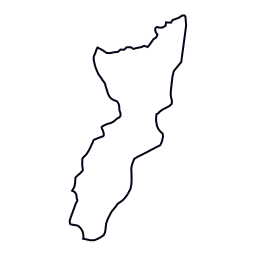 Radfan, Lahij, Yemen (Equal Earth projection), rotated 269°
{"feature_id": "15242507B45884450184914", "entity_name": "Radfan", "entity_type": "district", "adm_level": 2, "iso_a3": "YEM", "parent_name": "Yemen", "parent_adm1": "Lahij", "projection": "equal_earth", "projection_center": [44.984, 13.489], "detail": "fine", "context": "isolated", "style": "outline", "palette": "ink", "viewbox_px": 256, "rotation_deg": 269, "n_neighbors": 0, "source": "geoboundaries", "source_scale": "gbopen_adm2", "svg_char_len": 3840}
<svg xmlns="http://www.w3.org/2000/svg" viewBox="0 0 256 256"><g transform="rotate(269 128 128)"><path d="M232.9,167.9L229.5,167.3L227.8,164.0L227.9,160.4L228.4,159.3L228.5,158.8L227.8,157.4L226.8,157.0L225.3,156.9L224.5,157.1L222.9,157.7L220.8,159.1L218.1,157.8L216.2,154.9L213.7,153.1L211.7,151.6L211.1,151.2L208.7,149.1L209.8,145.6L208.5,142.2L208.3,140.7L207.9,138.5L207.0,134.8L207.8,133.6L208.8,131.8L208.7,130.0L208.7,128.0L206.4,125.6L206.5,121.8L204.3,119.3L204.0,115.5L203.5,112.8L203.2,111.8L203.4,108.0L205.4,105.2L207.3,102.1L209.0,98.9L208.3,98.6L208.2,98.5L207.5,98.1L207.3,98.0L206.4,97.6L205.4,97.3L204.3,96.9L203.3,96.5L202.4,96.1L201.5,95.6L200.6,95.2L199.6,95.0L198.6,94.9L197.5,94.9L196.5,94.9L195.5,95.1L194.4,95.3L193.5,95.6L192.4,95.8L191.3,96.0L190.3,96.3L189.4,96.5L188.5,96.9L187.4,97.3L186.2,97.7L185.1,98.2L184.1,98.6L183.1,99.0L182.1,99.5L181.1,100.2L180.1,100.9L179.3,101.5L178.3,102.1L177.3,102.8L176.4,103.3L175.3,104.1L174.5,104.8L173.5,105.3L172.6,105.8L171.6,106.1L170.6,106.2L169.5,106.6L168.5,106.9L167.5,107.2L166.5,107.5L165.4,107.8L164.3,108.1L163.4,108.4L162.4,108.7L161.5,109.1L160.6,109.6L159.6,110.2L158.6,110.9L157.7,111.7L157.0,112.8L156.4,113.8L155.8,115.1L155.3,116.2L154.9,117.4L154.1,118.0L153.2,118.5L152.2,119.0L151.2,119.3L150.3,119.5L149.2,119.6L148.2,119.6L147.2,119.7L146.2,119.7L145.1,120.0L144.2,120.3L143.3,120.6L142.2,120.8L141.3,120.8L140.3,120.6L139.3,120.0L138.6,119.2L138.1,118.1L137.5,117.1L136.8,116.2L136.1,115.5L135.3,114.5L134.7,113.5L134.1,112.6L133.6,111.5L133.1,110.3L132.8,109.1L132.6,107.9L132.1,106.7L131.2,104.6L130.4,103.1L129.9,102.2L129.6,101.8L129.1,101.6L128.7,101.7L127.8,101.9L126.9,102.4L126.0,102.8L125.0,103.1L124.0,103.4L123.0,103.6L121.9,103.7L120.8,103.5L120.1,102.7L119.7,101.6L119.3,100.4L118.9,99.2L118.4,97.9L118.0,96.8L117.6,95.7L117.1,94.5L116.5,93.4L115.5,93.0L114.6,92.6L113.6,92.2L112.6,91.6L111.7,91.2L110.8,90.8L109.6,90.2L108.4,89.6L107.4,89.1L106.3,88.5L105.3,87.9L104.3,87.2L103.2,86.5L102.3,85.8L101.5,85.1L100.8,84.3L100.0,83.4L99.2,82.6L98.3,82.0L97.4,81.7L96.3,81.7L95.4,81.7L94.4,81.7L93.4,81.6L92.4,81.6L91.4,81.6L90.5,81.7L89.5,81.8L88.5,82.0L87.5,82.1L86.5,82.0L85.7,81.5L84.9,80.7L84.1,80.0L83.4,79.2L82.7,78.3L82.0,77.5L81.6,77.0L81.2,76.6L80.5,75.7L79.6,74.8L78.7,74.5L77.7,74.5L76.7,74.3L75.8,74.3L74.8,74.2L73.8,74.1L72.9,74.0L71.7,73.7L70.7,73.5L69.4,73.0L66.3,71.0L65.0,73.5L63.5,74.5L62.7,75.1L57.5,75.7L57.2,76.0L56.7,76.1L56.3,76.1L55.9,76.0L55.4,75.7L55.1,75.5L54.6,75.2L54.2,74.9L53.9,74.7L40.2,69.4L36.7,68.2L34.9,68.1L34.4,68.2L33.3,68.4L32.8,68.9L32.6,69.4L32.4,70.0L32.3,70.6L32.3,70.9L32.1,71.9L32.1,72.2L32.0,72.4L31.8,73.2L31.7,73.8L31.6,74.3L31.5,74.9L31.4,75.4L31.3,75.9L31.3,76.0L30.6,76.9L29.7,77.8L28.8,78.7L28.0,79.4L26.8,79.9L25.5,80.8L24.1,81.1L21.8,81.5L21.5,81.5L18.2,81.5L18.1,81.4L17.2,84.9L16.4,88.6L16.4,92.4L17.7,95.8L19.4,99.0L21.4,101.9L24.1,103.2L27.3,103.8L30.3,104.1L33.5,104.7L36.4,105.8L39.2,107.1L41.9,108.6L44.6,110.1L47.2,112.3L49.8,114.5L52.4,116.3L54.3,119.3L56.4,122.1L58.8,124.3L61.5,126.3L64.3,127.9L67.1,129.4L69.9,130.1L73.0,130.5L76.1,130.7L79.1,130.7L82.1,130.7L85.0,130.6L87.9,130.6L91.0,131.3L93.9,132.4L96.8,133.5L98.8,136.6L100.4,140.1L102.0,143.3L103.5,146.5L105.2,149.7L106.9,153.2L108.6,156.4L109.3,158.1L110.3,160.0L113.2,161.4L116.0,162.2L118.9,162.9L121.7,162.6L124.0,160.2L126.6,158.3L129.6,157.0L132.5,156.5L135.6,156.2L138.5,156.4L141.3,156.7L142.2,158.6L143.8,160.0L145.9,163.0L147.6,166.5L149.2,169.7L151.5,172.2L154.4,172.4L157.4,171.7L160.4,171.3L163.3,171.4L166.2,171.7L169.2,172.1L172.4,172.5L175.2,172.9L178.3,173.3L181.3,174.0L184.1,174.8L189.9,179.7L193.1,182.4L229.3,187.9L238.1,187.4L239.5,186.6L239.6,184.5L238.2,181.9L237.7,181.6L237.0,179.8L236.4,178.2L235.2,174.5L232.6,172.8L232.9,167.9Z" fill="none" stroke="#020617" stroke-width="2"/></g></svg>